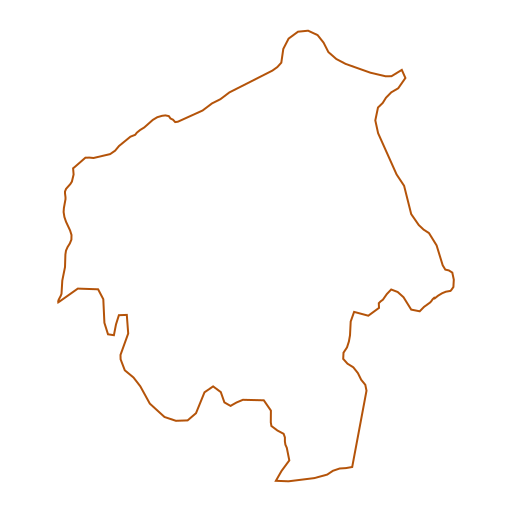 map outline of Oyo (Mercator projection)
{"feature_id": "NGA-2856", "entity_name": "Oyo", "entity_type": "State", "adm_level": 1, "iso_a3": "NGA", "parent_name": "Nigeria", "parent_adm1": "", "projection": "mercator", "projection_center": [3.592, 8.111], "detail": "fine", "context": "isolated", "style": "outline", "palette": "amber", "viewbox_px": 512, "rotation_deg": 0, "n_neighbors": 0, "source": "natural_earth", "source_scale": "10m", "svg_char_len": 2146}
<svg xmlns="http://www.w3.org/2000/svg" viewBox="0 0 512 512"><path d="M58.3,302.3L58.2,301.3L58.7,299.7L60.8,295.7L61.5,293.8L62.3,280.5L65.0,267.1L65.4,254.5L66.0,250.6L67.6,247.0L69.8,243.5L71.4,239.6L71.5,235.0L70.1,230.5L66.0,221.7L64.4,217.0L63.6,212.0L63.9,208.0L65.5,199.2L65.5,197.2L65.0,193.3L65.0,191.5L66.1,188.8L70.3,184.1L71.9,181.6L73.6,174.5L73.1,168.3L74.6,167.1L85.4,157.7L89.5,157.6L93.5,158.0L110.1,154.1L115.1,150.7L119.0,146.0L130.4,136.7L135.2,134.8L136.8,132.7L140.1,130.0L144.2,127.5L152.8,119.9L157.3,117.2L162.1,115.8L165.4,115.4L168.8,116.1L170.5,118.5L173.0,119.7L175.2,122.1L177.9,121.7L202.6,110.5L212.0,103.4L220.4,99.2L229.4,92.4L272.4,70.6L277.3,67.1L281.3,62.7L283.3,48.9L288.6,38.6L298.0,31.7L308.1,30.7L317.6,35.1L323.6,42.7L328.4,52.1L336.3,59.0L345.6,63.9L370.4,72.7L385.7,76.3L391.5,76.2L401.8,69.9L405.4,78.0L398.2,88.3L391.3,92.3L386.0,97.7L382.7,103.0L378.0,107.5L375.3,120.4L378.1,133.2L396.6,174.5L404.1,185.8L411.2,214.1L418.8,225.1L423.6,229.6L429.0,233.1L436.6,245.4L442.7,265.3L445.3,269.6L448.8,270.4L452.3,272.6L453.8,279.7L453.4,287.0L451.6,289.6L450.5,290.9L445.9,291.7L442.2,293.2L438.2,295.6L434.7,298.4L434.2,297.8L432.6,299.3L431.3,301.2L430.1,302.5L424.0,306.9L419.7,311.3L411.2,309.6L403.5,297.2L397.7,292.0L391.2,289.5L386.8,294.1L382.9,299.7L380.6,301.4L378.8,303.2L379.0,307.9L368.3,315.7L354.1,311.9L350.7,321.5L350.0,335.3L348.9,341.5L347.0,347.4L343.5,352.7L343.2,358.9L347.5,363.7L353.3,367.3L357.9,373.1L361.2,379.8L365.3,384.8L366.5,390.7L352.2,467.0L345.9,468.1L339.7,468.5L332.9,470.8L327.2,474.6L314.3,478.1L288.5,481.3L275.9,480.8L281.5,471.0L289.3,460.4L286.8,447.8L285.4,444.7L284.9,441.5L284.9,437.4L283.6,433.8L277.4,430.5L271.4,426.0L270.8,422.3L270.9,410.6L263.8,400.3L242.9,399.8L236.5,402.5L230.5,405.9L224.4,402.4L220.8,392.1L213.1,386.4L204.5,392.3L196.0,413.2L187.6,420.4L175.9,420.8L164.5,417.0L149.8,403.6L140.3,386.3L133.5,377.5L124.8,370.3L120.6,359.3L120.5,354.9L128.2,333.5L126.8,314.9L118.9,315.2L116.0,324.4L113.9,335.2L108.0,334.3L104.4,322.8L103.3,299.2L98.1,289.3L77.8,288.6L59.7,301.4L58.3,302.3Z" fill="none" stroke="#b45309" stroke-width="2"/></svg>